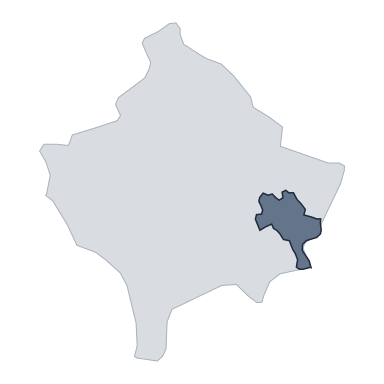 where Gnjilane sits in Kosovo
{"feature_id": "KOS-5904", "entity_name": "Gnjilane", "entity_type": "District", "adm_level": 1, "iso_a3": "XKX", "parent_name": "Kosovo", "parent_adm1": "", "projection": "mercator", "projection_center": [21.441, 42.404], "detail": "fine", "context": "in_parent", "style": "filled", "palette": "slate", "viewbox_px": 384, "rotation_deg": 0, "n_neighbors": 0, "source": "natural_earth", "source_scale": "10m", "svg_char_len": 1625}
<svg xmlns="http://www.w3.org/2000/svg" viewBox="0 0 384 384"><path d="M95.3,127.9L117.3,120.6L120.5,115.5L115.5,104.5L118.4,97.7L144.7,78.0L149.1,69.1L150.7,62.1L147.1,54.8L142.2,43.1L144.6,38.2L158.3,31.5L169.4,23.6L176.0,23.0L180.1,28.7L180.1,34.5L183.7,44.3L191.9,49.6L205.5,58.2L221.3,64.1L233.7,75.9L250.6,96.9L253.2,107.3L268.4,116.6L282.5,127.0L280.3,146.3L328.4,163.1L339.3,163.0L344.4,165.9L344.3,170.3L340.5,183.8L320.7,225.1L319.1,233.7L305.0,242.7L303.0,247.8L307.0,259.2L310.7,267.2L310.4,267.2L280.1,273.8L269.9,281.6L263.9,295.2L261.9,302.3L256.6,302.5L247.7,295.5L236.4,284.5L221.8,285.4L172.0,309.3L167.1,321.8L166.0,349.0L162.6,356.3L157.3,361.0L136.7,358.0L134.5,356.2L137.2,345.8L136.1,323.1L126.9,285.3L120.2,272.9L106.6,260.6L96.0,252.5L76.9,245.3L67.2,224.5L52.7,200.8L45.7,195.4L46.8,193.0L50.2,175.2L46.0,162.1L39.6,151.0L44.0,144.2L57.4,144.3L68.4,145.5L72.4,134.9L95.3,127.9Z" fill="#d9dde1" stroke="#a8b0b8" stroke-width="1"/><path d="M299.5,269.3L296.4,267.1L297.6,259.7L295.3,253.6L293.0,249.9L291.2,245.6L289.4,240.7L283.5,239.5L279.8,233.7L276.7,230.3L273.5,228.4L271.7,224.1L265.3,227.0L259.9,230.3L255.4,219.2L256.5,214.6L261.5,214.1L262.7,210.2L261.0,205.8L258.9,201.4L259.6,197.7L263.1,193.1L268.1,195.2L272.2,194.0L275.8,197.7L279.0,200.2L283.0,197.7L282.1,192.2L285.8,190.3L288.9,192.8L293.5,192.8L297.1,199.6L301.2,203.9L305.3,209.4L303.9,214.9L311.4,217.0L316.7,218.9L320.7,218.9L320.3,222.6L321.2,230.2L320.4,233.9L316.8,237.4L306.3,240.6L302.5,244.6L302.3,250.4L309.2,260.9L311.0,267.5L310.6,267.3L303.2,269.2L299.5,269.3Z" fill="#64748b" stroke="#1e293b" stroke-width="1.5"/></svg>